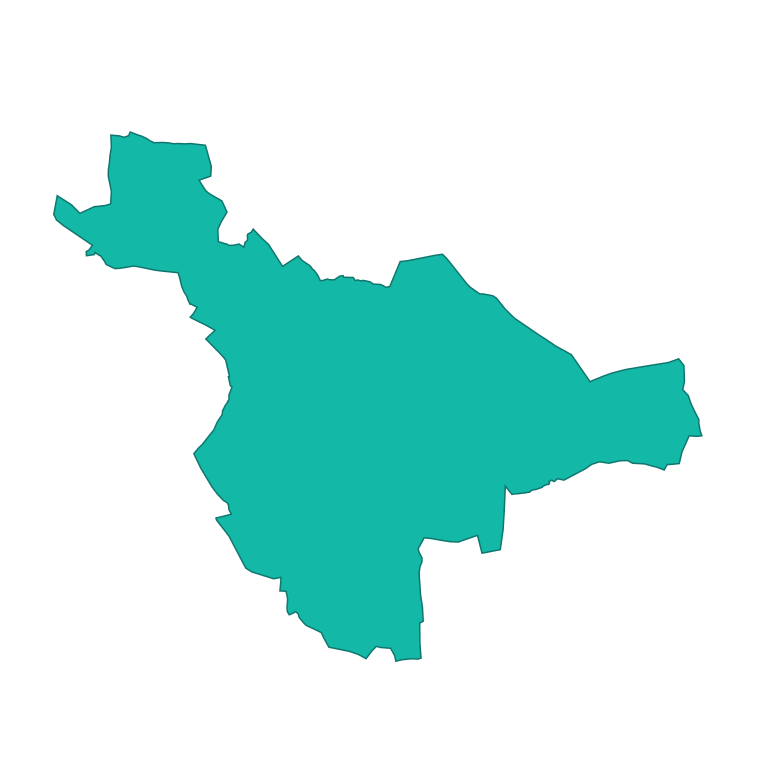 Batagarawa, Katsina, Nigeria (Robinson projection), rotated 264°
{"feature_id": "59680162B37340403082689", "entity_name": "Batagarawa", "entity_type": "district", "adm_level": 2, "iso_a3": "NGA", "parent_name": "Nigeria", "parent_adm1": "Katsina", "projection": "robinson", "projection_center": [7.596, 12.868], "detail": "fine", "context": "isolated", "style": "filled", "palette": "teal", "viewbox_px": 768, "rotation_deg": 264, "n_neighbors": 0, "source": "geoboundaries", "source_scale": "gbopen_adm2", "svg_char_len": 4197}
<svg xmlns="http://www.w3.org/2000/svg" viewBox="0 0 768 768"><g transform="rotate(264 384 384)"><path d="M112.7,337.4L119.7,344.0L123.9,349.0L122.4,352.7L120.5,362.9L112.9,366.2L107.1,366.8L107.9,373.3L107.9,382.5L106.9,388.9L107.5,392.2L122.2,392.6L142.4,394.5L144.0,398.2L158.0,398.9L170.4,398.3L192.0,399.1L198.6,400.7L203.3,403.2L206.9,403.6L213.4,401.2L216.7,400.8L223.9,405.9L226.8,407.8L225.5,414.5L222.8,423.8L220.3,433.0L219.0,442.0L219.5,442.7L223.7,461.2L205.5,463.8L207.1,482.3L227.0,487.3L246.0,490.4L269.8,494.0L260.8,499.7L261.1,502.1L260.9,504.3L260.9,507.7L261.0,510.4L260.9,512.7L261.2,515.3L261.2,517.4L262.4,518.9L263.2,521.6L263.2,523.8L263.6,525.6L264.1,527.8L264.7,530.5L265.7,531.5L266.7,534.3L267.0,535.5L266.8,536.7L267.6,538.1L269.8,538.0L270.2,539.4L270.9,540.4L270.5,541.2L269.3,542.6L269.6,543.8L270.7,545.2L271.6,546.9L269.6,552.9L278.9,576.0L282.4,582.1L284.1,590.1L281.7,599.5L283.0,610.7L282.4,618.2L279.2,623.0L278.1,629.9L277.3,634.8L273.7,643.9L272.9,646.4L269.2,653.7L272.8,656.1L274.5,657.6L274.1,658.9L274.0,669.3L285.4,673.3L300.5,682.0L299.2,691.0L299.3,694.7L304.0,693.6L311.8,693.0L315.7,693.4L323.0,690.6L331.5,687.5L340.7,685.4L347.2,680.5L355.2,683.1L371.0,684.2L378.2,679.7L375.6,669.0L374.6,650.0L373.2,626.5L371.1,612.1L369.1,603.8L365.6,591.6L364.7,589.2L393.6,573.4L403.8,558.7L410.6,550.7L416.5,543.3L435.8,520.6L445.5,512.6L457.6,504.8L460.3,501.5L461.8,496.7L462.6,494.1L463.2,491.7L463.6,488.6L469.4,482.0L470.9,480.2L474.6,477.1L498.1,462.2L502.8,459.1L506.9,455.7L506.7,448.9L505.3,433.6L504.1,420.3L504.1,412.9L480.4,400.0L479.9,395.9L481.7,393.8L483.4,390.8L484.3,384.9L484.4,383.9L487.1,380.8L488.5,376.4L489.2,374.0L489.0,371.5L490.1,369.2L490.0,366.1L493.1,364.6L494.4,355.0L496.1,354.6L495.8,351.0L492.8,345.5L493.3,341.0L494.3,338.4L493.3,333.8L493.6,331.4L499.5,329.3L504.2,326.5L505.3,325.2L509.3,322.8L515.5,315.4L520.3,312.2L511.6,295.4L535.0,283.7L541.5,277.9L551.7,270.1L548.7,267.7L547.4,264.3L546.1,263.6L543.6,263.6L541.2,263.2L539.3,260.6L534.8,259.0L538.4,254.2L538.1,252.7L537.7,248.6L537.9,247.1L538.0,244.3L539.3,242.8L542.9,234.1L555.3,234.9L562.6,239.3L571.3,245.8L573.1,245.3L583.0,241.9L587.5,235.7L589.7,232.7L591.4,230.4L592.9,228.7L594.5,227.3L596.4,226.2L598.8,224.9L603.3,222.7L606.0,221.4L608.9,233.4L618.4,235.0L640.1,231.3L643.4,216.5L643.6,211.3L644.7,204.5L644.9,199.9L646.5,194.2L647.4,188.6L648.0,180.6L649.9,177.3L652.3,174.3L653.3,173.1L655.7,169.1L657.7,164.6L661.1,158.0L657.7,156.0L656.5,151.6L658.5,146.4L660.1,138.4L647.8,137.6L639.9,135.4L632.6,134.0L626.0,132.3L619.5,131.5L604.0,133.0L591.7,131.0L591.3,129.1L590.6,125.1L590.6,114.3L585.5,99.4L595.0,91.8L605.4,78.7L587.2,73.3L581.3,75.5L575.2,81.6L552.5,108.5L549.7,106.2L548.9,105.3L548.3,104.9L548.0,104.5L547.2,102.6L546.8,101.7L542.7,101.5L542.7,103.0L543.0,109.4L545.1,110.6L543.9,111.5L543.2,112.8L542.1,113.7L541.5,114.6L541.1,115.6L538.6,117.1L537.2,117.7L535.7,118.7L532.0,120.1L529.2,124.6L526.9,128.5L526.7,132.5L526.9,138.7L527.5,147.4L526.5,151.3L521.2,168.0L519.4,175.6L518.4,180.5L517.8,183.3L516.2,190.9L510.5,191.9L504.0,192.8L502.3,193.0L496.6,194.7L491.9,197.0L488.3,197.8L485.6,198.7L483.5,199.5L483.7,200.4L483.5,200.6L479.8,206.2L474.1,201.9L472.3,200.1L470.7,198.3L470.0,199.1L468.4,201.6L467.0,203.7L464.1,208.3L461.8,212.1L455.1,221.6L450.4,215.4L447.4,211.5L439.7,217.6L432.2,223.6L428.3,226.5L425.5,228.4L424.1,229.1L413.6,230.4L407.6,231.1L407.5,230.0L398.3,231.0L396.8,232.5L389.4,228.7L384.6,228.2L383.0,226.6L382.1,226.5L379.3,223.9L374.3,220.7L370.3,219.8L366.7,216.7L363.0,213.8L356.3,210.1L351.7,205.5L342.8,196.9L340.0,193.2L334.6,187.6L319.4,193.0L299.6,202.2L291.6,207.0L284.8,212.3L282.4,215.6L279.9,216.6L275.0,216.7L270.4,218.6L268.3,202.9L266.2,203.2L249.0,213.9L223.3,224.1L215.2,227.4L210.9,232.9L201.8,254.0L202.5,261.2L199.4,260.9L189.1,258.9L188.1,264.9L182.8,265.5L180.0,265.6L177.9,265.3L174.6,264.7L171.7,264.1L167.7,264.1L164.4,265.6L165.6,269.8L167.0,271.9L166.1,272.9L165.0,274.2L164.0,274.7L160.5,275.3L154.8,279.2L152.8,280.7L151.6,282.1L147.7,288.7L143.3,295.7L137.3,297.7L128.0,301.7L121.7,321.7L117.5,330.6L112.7,337.4Z" fill="#14b8a6" stroke="#0f766e" stroke-width="1.5"/></g></svg>